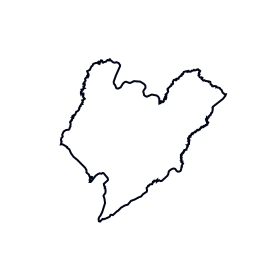 Lumphat, Rôtânôkiri, Cambodia, rotated 220°
{"feature_id": "14789045B80217512950075", "entity_name": "Lumphat", "entity_type": "district", "adm_level": 2, "iso_a3": "KHM", "parent_name": "Cambodia", "parent_adm1": "Rôtânôkiri", "projection": "equal_earth", "projection_center": [107.076, 13.435], "detail": "fine", "context": "isolated", "style": "outline", "palette": "ink", "viewbox_px": 256, "rotation_deg": 220, "n_neighbors": 0, "source": "geoboundaries", "source_scale": "gbopen_adm2", "svg_char_len": 5849}
<svg xmlns="http://www.w3.org/2000/svg" viewBox="0 0 256 256"><g transform="rotate(220 128 128)"><path d="M186.1,169.0L186.3,168.5L186.0,167.4L187.5,166.8L187.6,164.4L188.7,163.2L189.1,162.0L189.7,161.8L191.1,163.0L192.2,162.5L192.2,161.7L191.0,158.7L191.8,158.4L192.6,159.7L193.2,159.7L193.3,158.1L194.3,157.4L195.5,155.3L195.8,154.5L195.2,152.8L195.6,151.6L194.6,148.0L195.8,145.2L193.8,144.2L192.9,142.9L192.7,143.6L191.9,142.9L191.3,141.0L191.5,140.8L192.1,141.6L192.6,141.4L191.9,140.5L192.5,139.6L192.4,138.0L190.9,136.9L191.0,135.5L190.1,134.5L190.8,133.8L190.8,133.3L190.5,133.0L189.7,133.6L188.9,133.4L188.4,132.0L188.9,131.2L188.1,130.4L187.0,130.5L187.3,130.0L187.2,128.5L187.6,128.6L188.3,127.5L187.1,126.9L187.3,125.5L186.9,125.3L186.4,124.2L185.6,123.7L185.7,124.7L184.7,124.8L184.7,125.6L184.3,125.8L183.3,124.6L183.2,123.6L182.8,123.6L182.3,122.9L179.9,122.6L179.9,122.1L180.4,121.4L180.2,120.1L180.7,119.7L179.3,118.9L179.3,117.7L178.3,117.0L179.1,116.1L178.8,115.2L178.9,114.5L178.3,114.1L178.6,113.4L178.3,111.8L177.8,111.7L177.3,110.6L177.4,108.4L178.1,107.2L177.0,104.2L177.5,103.3L177.4,102.4L177.9,102.7L178.1,101.9L177.3,102.0L177.6,100.7L176.8,101.2L176.3,100.4L176.7,99.0L176.0,97.9L176.4,97.3L175.9,96.6L176.3,95.9L176.1,95.2L175.0,94.7L174.0,93.5L173.5,92.4L173.0,92.1L172.9,90.9L172.3,89.9L172.3,88.6L174.2,86.6L175.0,83.9L174.2,80.9L173.8,80.3L172.7,79.7L172.4,79.1L172.6,77.8L171.9,76.1L170.9,75.1L170.2,75.1L168.9,72.3L168.2,73.1L167.0,73.6L162.5,74.3L162.3,73.8L159.2,73.9L155.4,72.0L151.1,70.9L146.5,71.0L135.4,70.0L132.7,69.0L131.2,67.2L128.1,67.2L125.3,65.6L124.9,66.9L124.1,67.3L123.7,66.1L124.0,65.9L124.3,64.0L123.5,63.1L122.7,63.4L122.5,62.2L121.9,62.7L121.8,64.1L122.1,70.6L121.4,73.4L120.4,75.2L119.0,75.8L118.5,77.3L117.6,77.7L111.4,76.6L110.0,75.4L109.9,74.5L110.6,69.7L109.2,68.4L107.7,68.2L107.3,67.0L106.4,67.0L104.9,65.6L103.6,63.8L103.3,60.5L103.0,60.1L100.8,58.9L97.3,55.7L93.7,47.0L92.8,43.4L92.8,41.6L92.1,39.4L90.4,37.9L89.3,38.3L89.0,42.0L87.9,42.5L87.8,43.1L87.3,43.5L85.7,46.6L85.0,48.4L85.5,50.1L85.2,50.7L83.6,51.5L82.9,57.1L82.4,58.2L82.1,62.6L80.5,66.9L78.9,69.1L78.9,74.1L77.0,77.3L75.1,82.0L73.9,84.1L74.0,86.8L72.7,91.3L73.6,92.8L75.2,94.0L75.1,95.4L75.5,96.7L75.4,97.0L74.9,97.1L74.9,99.0L73.4,100.5L73.8,101.2L73.8,102.5L74.2,102.5L74.4,103.0L74.2,103.4L73.7,103.3L73.7,103.8L73.4,104.1L73.9,104.6L72.4,105.9L72.3,106.9L71.5,105.8L71.4,107.1L70.9,107.0L70.5,108.0L69.0,108.2L68.1,109.3L67.1,116.9L67.5,118.5L68.8,120.9L68.8,122.0L68.4,123.7L67.7,125.4L66.7,126.6L65.4,127.0L63.2,126.4L62.0,126.5L60.8,127.5L60.2,128.9L60.7,130.5L61.9,132.3L61.7,133.0L62.7,133.7L63.0,136.2L64.2,136.3L64.5,136.8L64.8,136.2L65.5,136.3L66.0,136.9L65.9,137.3L66.3,137.9L66.7,137.7L66.7,138.0L67.8,138.6L67.7,139.6L68.7,139.6L68.9,140.3L69.1,140.2L69.4,140.6L69.1,140.9L69.3,141.6L69.9,141.5L69.9,142.1L70.2,142.1L69.8,143.5L70.3,143.5L70.3,144.6L69.8,144.9L69.8,145.6L70.0,146.4L70.5,146.4L70.7,147.3L69.3,148.9L70.0,149.9L69.9,150.4L70.5,151.4L70.3,151.9L70.7,152.3L70.6,152.8L71.6,152.9L71.1,153.4L71.5,154.2L71.0,154.9L72.3,156.7L72.5,156.3L73.0,156.4L72.6,157.1L72.8,157.5L73.0,157.1L73.5,157.2L73.8,157.4L73.7,157.9L74.1,157.9L74.2,158.3L74.5,158.0L75.3,158.6L75.1,158.9L75.4,160.0L74.7,161.1L75.7,161.3L75.6,162.0L74.9,162.8L75.2,163.3L75.1,163.9L75.5,164.2L75.5,165.3L75.2,165.7L74.8,165.6L75.0,166.1L74.8,166.7L73.7,167.8L73.7,168.3L74.1,167.9L74.3,168.3L73.7,169.0L73.9,169.2L73.8,170.5L73.5,170.3L73.0,171.5L72.7,171.4L72.0,173.1L72.4,173.5L72.3,174.6L72.6,175.4L72.3,176.2L71.7,176.0L71.6,176.9L71.0,177.1L71.2,177.9L70.7,177.9L70.4,178.5L70.7,179.1L70.2,179.8L70.4,180.4L70.1,181.0L69.7,180.7L69.4,181.6L69.8,182.0L69.9,182.7L70.1,182.5L70.2,183.5L71.1,183.1L71.4,183.4L71.3,183.8L72.0,183.7L72.4,184.7L73.1,184.2L74.0,184.9L74.1,186.0L73.7,185.9L73.3,186.4L73.9,186.9L73.2,186.9L73.0,187.6L73.6,188.8L73.2,189.2L73.5,189.7L73.5,190.5L73.1,191.4L73.5,191.8L73.9,193.0L73.5,193.7L73.7,194.3L75.1,196.8L76.0,198.0L76.3,197.9L76.6,199.0L74.0,211.3L74.1,215.2L74.7,216.8L75.8,215.8L77.1,216.1L78.2,215.9L80.8,217.3L82.2,217.1L83.0,217.6L84.7,217.1L85.3,216.6L86.3,216.5L86.6,216.0L87.0,216.6L87.4,216.6L89.2,215.4L89.5,214.6L90.4,214.1L91.7,214.9L92.7,214.5L94.7,216.2L96.1,215.6L96.1,215.1L96.8,215.2L98.8,213.9L100.0,213.8L100.8,212.7L101.1,212.7L102.4,213.0L103.0,213.5L103.2,214.2L103.6,214.1L103.7,213.4L104.3,213.9L104.6,213.4L105.7,213.0L106.9,213.6L107.7,213.5L108.0,213.8L107.8,214.9L108.5,214.9L108.8,215.2L108.8,215.9L109.2,216.1L109.1,216.9L109.4,218.1L110.2,218.1L110.3,217.7L110.6,217.6L112.1,218.0L112.4,217.5L112.3,217.2L112.9,216.9L113.1,215.9L114.1,214.9L114.9,214.9L115.2,213.4L116.1,212.8L116.1,211.5L117.5,210.3L118.4,210.7L118.9,210.0L118.8,209.0L119.9,208.9L121.3,206.8L120.6,204.8L121.2,204.6L121.3,203.8L121.3,203.4L120.8,203.3L120.5,202.4L121.1,201.8L121.5,200.1L121.0,198.2L121.7,197.9L122.6,196.8L122.5,196.3L121.8,196.1L121.9,195.4L122.8,195.5L123.8,194.1L123.3,192.1L122.1,191.0L121.9,190.2L122.4,189.5L123.3,190.0L122.0,188.1L122.6,186.8L122.4,186.3L122.9,183.5L122.3,182.9L121.9,181.9L121.8,182.8L120.6,181.6L120.4,180.2L120.7,178.0L119.7,178.0L119.3,177.0L118.5,176.2L118.8,175.9L119.7,176.3L119.7,175.7L119.2,174.7L117.8,174.9L117.6,174.3L119.0,173.7L118.9,173.0L117.7,171.4L117.7,170.7L117.9,170.2L119.3,170.2L119.9,169.8L119.8,169.3L119.2,168.7L119.0,168.1L119.7,166.9L122.9,170.6L125.0,171.4L127.0,171.3L131.3,168.9L133.7,164.1L135.0,163.6L136.7,163.5L139.8,165.8L140.2,167.2L140.4,170.0L142.1,171.7L144.1,172.0L148.4,171.4L153.6,167.7L154.9,164.5L155.9,163.4L159.2,162.2L159.9,161.4L160.3,159.9L160.4,158.4L159.8,154.9L159.9,154.0L160.9,151.8L162.5,151.0L165.8,152.7L167.3,152.9L168.7,154.2L171.0,160.4L173.8,170.1L174.4,171.0L177.0,171.7L179.1,171.0L180.0,169.6L181.4,168.8L185.0,168.7L186.1,169.0Z" fill="none" stroke="#020617" stroke-width="2"/></g></svg>